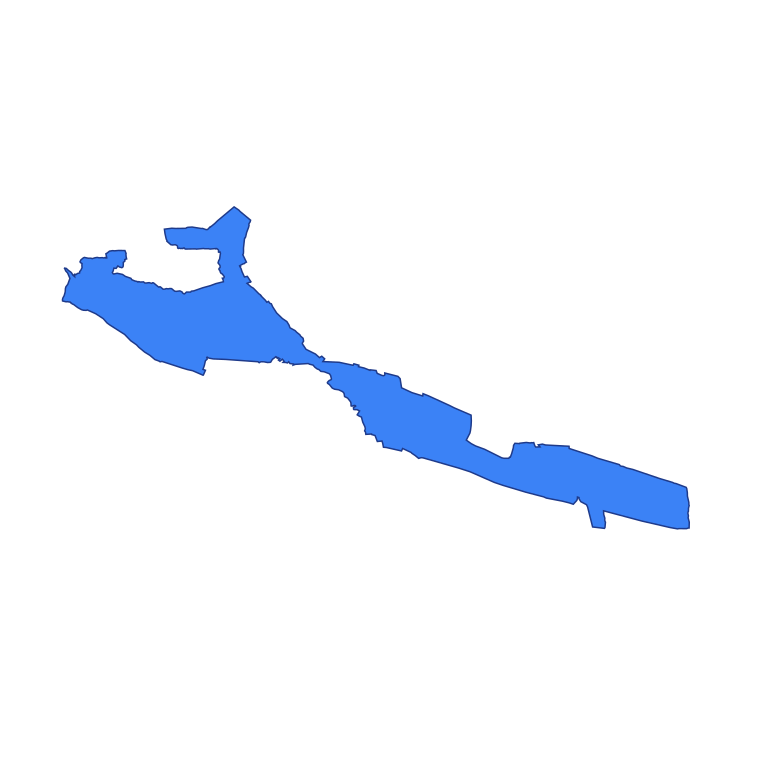 outline of Harlau, Iasi, Romania, rotated 28°
{"feature_id": "2599482B57986450860994", "entity_name": "Harlau", "entity_type": "district", "adm_level": 2, "iso_a3": "ROU", "parent_name": "Romania", "parent_adm1": "Iasi", "projection": "robinson", "projection_center": [26.866, 47.433], "detail": "fine", "context": "isolated", "style": "filled", "palette": "blue", "viewbox_px": 768, "rotation_deg": 28, "n_neighbors": 0, "source": "geoboundaries", "source_scale": "gbopen_adm2", "svg_char_len": 6081}
<svg xmlns="http://www.w3.org/2000/svg" viewBox="0 0 768 768"><g transform="rotate(28 384 384)"><path d="M721.0,367.9L718.4,362.7L715.3,359.3L714.7,357.5L713.0,355.5L712.5,354.1L712.6,353.6L711.1,350.6L710.5,348.0L709.7,347.2L708.8,345.5L704.5,340.5L702.9,337.6L700.4,334.2L699.3,333.4L688.6,334.8L686.7,335.4L685.1,335.4L671.6,338.1L643.9,342.6L637.7,344.2L633.8,344.5L632.1,345.2L631.0,345.3L629.7,344.7L607.7,349.2L601.4,349.8L577.8,354.0L576.6,352.1L555.3,362.0L552.1,362.7L548.8,365.3L551.2,366.3L547.6,368.4L546.1,367.7L543.7,365.4L542.3,366.5L541.6,366.6L540.8,367.4L537.1,368.8L531.6,372.6L531.6,373.0L527.4,374.9L527.2,377.3L528.1,379.6L529.4,385.5L529.9,389.3L529.1,389.7L529.1,391.0L524.8,393.3L522.6,393.9L503.5,394.4L493.9,395.7L489.0,395.7L483.0,394.9L482.9,387.0L482.2,384.5L480.5,380.0L478.4,375.5L475.5,370.6L457.0,372.1L451.9,372.2L428.6,373.6L423.0,374.2L423.8,376.4L412.7,378.5L401.3,379.1L395.7,371.7L392.7,370.7L379.5,373.9L380.4,375.4L380.3,376.2L379.5,377.0L378.1,377.4L373.0,377.8L370.7,375.8L365.1,378.0L365.2,378.5L359.0,379.2L353.3,380.7L353.0,379.2L347.9,380.3L347.9,382.0L334.2,385.9L319.5,392.9L319.8,389.6L316.0,388.7L314.6,391.0L309.4,389.7L298.9,390.0L293.0,386.8L292.7,386.1L292.9,383.9L291.1,381.6L288.0,380.9L286.5,380.0L282.6,379.3L280.6,378.6L274.6,378.5L272.5,376.6L269.0,374.5L263.6,373.9L255.9,371.7L249.3,368.0L246.9,366.1L245.2,366.3L243.2,365.3L242.2,366.8L239.8,365.7L233.9,363.9L234.0,363.7L233.0,363.3L231.2,363.1L223.6,360.7L221.1,360.6L215.8,359.4L217.1,357.8L218.4,356.7L218.5,356.2L212.8,353.1L210.5,355.0L205.7,351.3L203.7,349.3L201.9,348.1L201.7,348.0L202.0,347.6L201.1,347.3L203.1,344.2L204.2,343.2L204.3,342.5L205.3,341.0L198.6,336.1L198.7,335.1L197.9,333.2L196.1,329.9L192.7,321.4L192.5,320.5L192.9,320.0L192.6,318.4L191.6,314.8L190.9,309.4L190.4,307.3L189.8,306.6L189.5,305.7L189.7,303.7L189.3,302.0L175.8,299.2L174.2,298.6L168.5,298.0L160.4,318.0L159.2,321.8L157.0,327.0L156.7,326.9L155.7,330.4L154.5,331.2L150.8,331.8L149.6,332.5L140.9,335.5L137.3,337.7L136.3,338.7L135.9,339.6L127.0,344.5L123.5,346.1L117.4,350.4L120.0,354.0L123.6,358.2L125.2,359.4L125.3,359.9L130.4,361.1L132.1,360.5L134.3,359.0L136.2,358.9L136.9,359.2L138.0,360.8L138.8,360.9L139.6,360.1L141.1,359.8L142.0,359.0L142.8,358.9L143.2,358.0L143.8,357.7L145.1,358.2L154.1,353.2L154.8,353.1L161.0,349.1L162.3,348.7L165.6,346.9L167.1,346.5L171.7,343.5L172.2,343.7L172.7,342.9L174.4,343.2L175.2,343.7L175.9,345.2L176.4,345.2L177.2,344.4L178.2,345.3L180.2,350.9L180.1,352.5L180.6,355.0L183.3,356.2L184.0,356.9L184.6,358.2L184.2,359.0L184.2,360.0L184.9,360.6L185.8,360.8L186.7,361.9L188.2,362.8L189.6,362.8L192.6,364.2L192.8,365.1L192.7,365.7L191.6,366.5L193.2,367.7L194.2,369.1L188.4,374.3L184.5,378.7L178.8,384.1L172.3,391.1L170.3,392.5L170.1,393.6L166.4,395.6L165.6,398.0L165.1,398.3L163.5,398.2L162.4,397.5L160.1,397.6L157.0,399.8L155.5,400.3L151.7,399.5L150.1,400.2L148.8,401.3L146.9,402.0L146.1,403.0L144.5,404.0L141.4,403.3L140.5,403.3L139.8,404.1L139.4,404.2L133.6,403.0L132.6,403.0L132.1,403.3L131.7,404.2L129.0,404.8L126.3,406.7L125.1,407.1L123.8,406.7L120.9,408.4L119.4,408.7L118.9,409.5L117.8,409.4L115.7,410.0L112.4,410.3L110.9,409.5L105.1,410.4L101.7,410.0L96.4,411.5L93.8,413.7L93.0,413.8L91.8,413.1L91.8,411.3L91.1,408.5L93.2,407.7L93.6,404.7L95.6,404.9L97.9,404.4L98.4,403.7L98.5,402.8L98.0,401.4L96.7,399.0L97.5,397.3L96.7,395.9L97.2,395.7L97.5,395.1L97.4,394.7L98.0,394.3L96.5,392.6L95.0,390.2L95.0,389.8L92.6,387.8L86.8,390.8L83.6,392.9L81.7,393.7L79.2,395.6L78.2,398.1L77.3,399.6L80.0,402.8L79.2,403.4L78.4,403.2L77.6,404.2L75.9,404.7L73.3,406.3L71.3,406.9L69.6,408.2L67.5,410.3L66.2,410.5L63.8,411.8L60.0,412.9L59.3,413.8L58.1,416.7L58.2,418.8L58.9,419.3L60.8,419.4L61.5,421.0L62.8,423.1L62.9,426.2L62.5,427.5L63.1,428.9L61.4,430.4L60.6,432.2L59.5,432.1L59.2,432.4L59.1,432.7L60.4,434.4L58.1,433.9L56.2,432.7L54.8,432.2L52.3,431.9L49.2,431.1L47.0,431.8L47.8,431.9L49.9,433.6L52.5,434.5L57.1,438.2L58.0,444.4L57.5,447.6L57.9,449.3L59.3,452.4L60.1,456.1L60.1,459.0L60.5,460.5L61.2,461.6L64.7,460.7L65.7,460.0L68.6,459.0L69.4,459.5L70.0,459.3L71.1,459.7L72.6,459.5L77.6,460.3L82.0,460.4L83.9,460.0L86.5,458.8L87.3,457.9L96.4,457.3L105.4,458.1L110.7,460.1L114.0,460.6L131.7,462.0L140.0,464.7L147.1,465.6L150.3,466.7L157.7,468.2L163.9,468.6L170.3,470.0L174.4,469.4L175.9,469.5L177.4,468.3L198.5,464.6L203.8,463.5L208.8,462.1L220.1,461.2L220.3,460.9L219.9,455.7L217.3,456.1L216.7,452.1L215.4,447.3L216.2,445.1L215.6,444.1L215.1,443.9L215.2,443.3L217.4,443.3L221.5,442.0L232.5,436.7L262.3,423.5L263.8,423.8L264.6,422.4L265.5,421.8L267.5,420.8L271.1,419.7L273.2,418.4L273.7,417.9L273.9,414.3L274.3,413.9L275.7,410.6L276.9,410.7L276.9,411.2L277.8,411.3L278.2,411.0L278.3,410.5L280.1,410.6L279.5,412.4L281.4,412.7L282.6,409.8L285.1,410.8L284.7,412.3L287.0,411.2L288.9,410.7L289.4,409.1L291.4,410.1L294.7,408.8L294.9,410.0L296.6,408.2L307.5,401.5L308.9,401.5L312.4,400.6L315.3,401.7L318.0,402.1L319.8,401.8L322.3,402.5L325.4,401.3L331.1,400.6L333.0,401.7L335.3,404.3L335.2,405.1L334.0,406.6L333.5,408.0L333.3,409.3L333.9,409.9L336.0,410.1L340.2,411.9L342.8,411.8L346.7,410.4L351.1,410.2L353.1,411.0L355.1,413.6L358.5,413.5L362.8,415.4L363.8,416.4L365.2,418.8L366.1,418.6L367.7,416.9L369.0,416.5L369.4,416.9L369.2,417.3L368.1,419.1L368.9,420.5L369.5,420.7L372.3,419.3L375.1,419.3L374.8,423.8L376.9,424.0L379.6,423.8L383.2,427.7L387.2,430.7L388.6,432.4L388.9,434.5L390.1,435.0L391.6,437.0L396.5,434.0L396.8,434.4L400.3,433.7L405.1,437.9L409.0,435.3L410.8,437.1L413.2,440.1L415.8,439.0L430.9,434.9L430.7,432.2L440.0,431.7L441.1,432.1L445.0,432.5L449.5,433.4L451.4,431.6L453.1,430.9L489.3,423.2L501.1,421.1L527.6,419.1L536.8,417.6L560.3,412.9L577.9,408.7L580.9,408.5L596.5,403.7L603.4,402.0L607.6,401.3L608.9,396.3L608.6,394.5L607.9,393.0L609.5,392.7L610.1,393.8L613.0,395.5L619.5,395.5L621.5,397.0L635.3,412.3L646.4,408.0L646.5,407.0L644.4,402.0L643.7,401.6L642.7,400.4L642.0,398.8L639.3,396.1L637.4,392.9L676.2,383.9L704.1,376.4L711.2,374.1L712.3,373.2L719.0,369.7L720.3,368.3L721.0,367.9Z" fill="#3b82f6" stroke="#1e3a8a" stroke-width="1.5"/></g></svg>